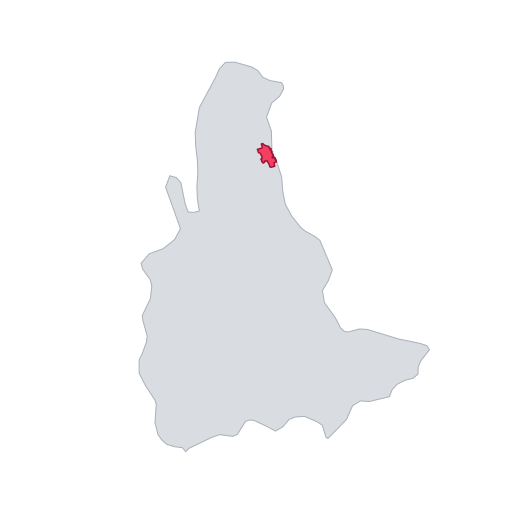 San Pedro de Macorís, San Pedro de Macorís, Dominican Republic (highlighted), rotated 255°
{"feature_id": "3306468B30679779198976", "entity_name": "San Pedro de Macorís", "entity_type": "district", "adm_level": 2, "iso_a3": "DOM", "parent_name": "Dominican Republic", "parent_adm1": "San Pedro de Macorís", "projection": "natural_earth1", "projection_center": [-69.289, 18.484], "detail": "fine", "context": "in_parent", "style": "filled", "palette": "rose", "viewbox_px": 512, "rotation_deg": 255, "n_neighbors": 0, "source": "geoboundaries", "source_scale": "gbopen_adm2", "svg_char_len": 4352}
<svg xmlns="http://www.w3.org/2000/svg" viewBox="0 0 512 512"><g transform="rotate(255 256 256)"><path d="M85.6,348.5L86.1,327.8L89.0,319.4L86.4,310.5L74.7,301.1L67.5,289.0L61.1,278.3L62.6,276.7L75.4,276.2L79.9,272.3L88.6,261.3L90.3,252.5L89.7,245.8L84.1,237.8L81.9,229.4L88.9,222.0L97.9,211.3L99.2,207.2L99.0,203.1L88.5,191.8L87.8,186.9L92.8,174.7L92.3,166.5L87.5,141.2L85.2,137.4L89.9,135.3L93.0,127.7L97.2,121.0L102.7,117.4L108.8,115.1L121.2,115.3L138.2,121.2L143.0,121.1L159.4,115.7L172.9,112.8L185.7,116.1L190.9,120.7L201.4,128.0L206.7,130.2L223.3,130.0L227.9,130.7L241.8,142.7L253.6,147.5L260.5,147.7L272.7,143.1L278.8,143.2L285.8,153.6L287.1,168.2L292.9,181.6L301.9,190.1L345.9,186.5L355.8,193.5L352.4,199.3L346.2,202.4L325.2,201.1L316.1,201.8L314.2,207.5L314.2,212.9L326.4,214.2L338.5,216.9L350.7,221.2L363.2,224.1L377.2,226.1L391.0,229.2L414.0,239.7L439.5,263.6L446.3,269.1L450.9,276.6L448.7,285.8L439.6,300.9L434.5,305.8L427.0,308.7L421.8,314.9L416.9,325.5L413.8,326.4L410.3,326.0L404.1,320.0L399.7,310.8L387.5,302.1L372.8,303.2L351.3,298.1L338.3,300.6L325.2,301.2L311.9,298.6L298.5,297.7L285.1,300.9L272.1,306.5L267.3,310.0L258.9,318.6L254.5,321.8L222.9,326.1L213.8,319.8L205.4,311.2L193.2,310.0L175.6,316.7L164.6,319.1L160.1,322.0L158.8,325.2L158.7,337.3L156.2,344.6L138.9,372.3L129.1,391.9L125.1,397.9L120.5,399.2L112.1,388.0L106.7,383.9L100.0,381.9L97.2,375.9L97.4,367.4L95.6,359.2L91.5,352.7L85.6,348.5Z" fill="#d9dde1" stroke="#a8b0b8" stroke-width="1"/><path d="M343.9,287.0L344.0,287.6L344.2,288.1L344.3,288.3L344.4,288.5L344.6,288.5L345.2,288.6L345.3,288.7L345.4,288.8L345.4,289.0L345.1,289.8L345.1,290.1L345.1,290.6L345.3,291.1L345.3,291.3L345.2,291.4L344.2,291.5L343.7,291.7L343.0,291.8L342.4,292.1L341.7,292.2L341.3,292.4L341.1,292.4L340.7,292.5L339.4,292.4L339.0,292.5L338.8,292.5L338.2,292.8L337.9,293.4L337.8,293.7L337.8,294.3L337.8,296.8L337.8,297.0L337.9,297.3L338.0,297.4L338.3,297.4L340.6,297.4L340.9,297.4L341.1,297.5L341.3,297.7L341.4,298.1L341.5,298.5L341.6,298.9L341.6,300.1L342.1,300.1L342.4,300.2L342.7,300.2L342.9,300.1L343.1,300.2L343.2,299.9L343.4,299.9L343.4,300.0L343.5,300.1L344.1,300.1L344.3,300.0L344.6,300.0L344.6,299.9L344.8,299.9L345.0,299.9L345.0,300.0L345.0,299.9L345.1,300.0L345.3,300.0L345.3,299.9L345.5,299.9L345.7,299.7L345.8,299.7L346.0,299.7L346.3,299.5L346.3,299.3L346.2,299.3L346.2,299.2L346.2,298.9L346.3,298.8L346.5,298.8L346.6,299.0L346.6,298.9L346.7,298.7L346.8,298.7L346.7,298.6L346.4,298.6L346.3,298.4L346.3,298.2L346.4,297.9L346.3,297.7L346.5,297.5L346.6,297.4L346.9,297.3L346.9,297.2L347.2,297.2L347.2,297.3L347.3,297.3L347.4,297.5L347.3,297.8L347.2,297.9L347.3,298.1L347.4,298.3L347.5,298.3L347.5,298.1L347.9,298.2L348.0,298.1L348.2,298.3L348.3,298.3L348.7,298.3L348.8,298.4L348.8,298.6L348.8,298.8L348.7,298.8L349.0,298.9L349.4,298.9L349.5,298.8L349.6,298.7L349.8,298.7L350.0,298.6L350.3,298.5L350.4,298.4L350.4,298.5L350.6,298.5L350.8,298.4L351.0,298.4L351.3,298.3L351.3,298.2L351.5,298.1L351.8,298.0L351.9,297.9L352.0,297.9L352.4,297.9L352.5,297.9L352.8,297.9L352.8,298.0L352.9,297.9L353.0,297.9L353.0,298.0L353.3,298.0L353.4,297.9L353.6,297.9L353.6,298.0L353.9,298.0L353.9,297.9L354.0,297.9L354.0,298.0L354.2,297.9L354.6,297.9L354.9,297.8L355.0,297.9L355.1,297.7L355.2,297.8L355.4,297.8L355.4,297.7L355.5,297.8L355.5,297.7L355.8,297.6L356.0,297.5L356.2,297.4L356.3,297.4L356.3,297.2L356.5,297.0L356.8,297.0L356.8,296.9L357.0,296.9L357.0,297.0L357.4,297.0L357.4,296.9L357.5,296.9L357.9,296.8L357.9,296.7L358.0,296.6L358.4,296.5L358.5,296.6L358.8,296.7L358.8,296.8L359.0,295.9L359.1,295.7L359.4,295.0L359.8,294.4L360.1,293.9L360.6,293.3L361.4,292.5L361.5,292.4L362.1,292.0L362.6,291.8L362.8,291.7L362.8,291.4L362.9,290.4L362.8,290.2L362.7,290.2L362.3,290.1L361.5,290.1L361.2,290.2L360.9,290.4L360.7,290.4L360.2,290.2L359.3,290.0L358.9,289.8L358.8,289.7L358.7,289.5L358.7,289.2L358.7,285.2L358.6,284.9L358.3,284.9L357.9,285.1L357.4,285.1L355.7,285.1L355.3,285.2L355.2,285.2L355.0,285.4L354.6,286.3L354.4,286.5L354.0,286.6L353.5,286.8L352.5,286.9L352.0,287.1L351.5,287.3L351.0,287.5L350.8,287.5L350.4,287.3L350.2,287.2L349.0,287.2L348.9,287.2L348.7,287.1L348.6,286.9L348.5,286.4L348.5,286.1L348.4,286.0L348.2,285.8L347.9,285.8L347.7,285.8L347.3,286.0L347.0,286.1L345.6,286.1L345.4,286.2L345.0,286.4L344.4,286.6L343.9,287.0Z" fill="#f43f5e" stroke="#9f1239" stroke-width="1.5"/></g></svg>